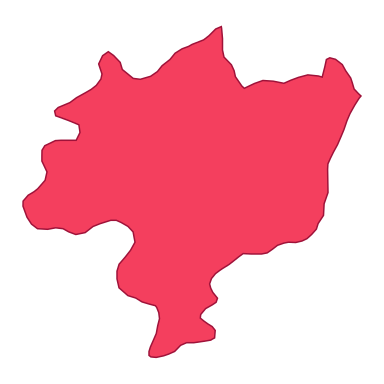 Aghjabadi District, Ağcabədi, Azerbaijan
{"feature_id": "54616110B84161876100413", "entity_name": "Aghjabadi District", "entity_type": "district", "adm_level": 2, "iso_a3": "AZE", "parent_name": "Azerbaijan", "parent_adm1": "Ağcabədi", "projection": "orthographic", "projection_center": [47.427, 39.997], "detail": "fine", "context": "isolated", "style": "filled", "palette": "rose", "viewbox_px": 384, "rotation_deg": 0, "n_neighbors": 0, "source": "geoboundaries", "source_scale": "gbopen_adm2", "svg_char_len": 2173}
<svg xmlns="http://www.w3.org/2000/svg" viewBox="0 0 384 384"><path d="M221.3,26.6L215.7,29.0L208.9,35.8L203.6,39.9L192.1,44.4L188.6,46.4L182.1,48.8L175.1,53.2L170.0,59.5L162.1,65.7L157.4,71.6L150.6,76.3L140.3,79.3L133.2,78.4L122.3,69.5L120.2,62.4L113.6,55.5L108.3,51.7L102.6,55.7L98.7,63.9L98.8,64.4L102.0,74.0L100.9,79.1L96.3,85.4L91.2,89.4L85.7,92.6L76.5,97.7L69.9,102.6L58.2,107.5L54.6,111.0L55.7,115.8L68.3,120.4L78.9,124.8L80.0,132.5L76.2,140.3L60.7,140.3L55.4,140.6L44.8,145.7L42.0,150.3L41.9,156.1L41.9,161.1L47.0,171.9L45.1,180.3L37.7,188.8L33.9,191.8L28.2,195.2L23.1,201.1L23.0,206.2L27.0,217.2L31.5,224.1L37.5,228.7L47.6,229.3L55.7,227.8L63.1,228.7L68.6,231.8L75.8,234.5L85.2,232.6L93.0,226.5L100.0,223.7L110.8,220.3L116.3,220.3L121.0,222.4L128.0,226.4L133.1,231.9L135.0,242.2L132.3,247.1L130.6,250.2L125.3,257.0L119.1,264.2L118.0,267.9L117.0,271.1L117.0,278.9L119.0,287.8L127.9,295.6L135.7,298.0L142.0,301.9L149.0,304.0L155.4,305.7L156.7,307.4L158.8,312.7L159.5,318.7L157.7,325.8L156.3,333.5L153.4,340.2L150.4,347.0L149.0,351.5L149.0,354.5L149.0,355.4L150.9,356.9L156.2,357.4L163.7,355.8L168.6,354.1L174.7,351.4L180.6,345.3L186.6,342.7L193.9,342.7L204.3,341.2L210.8,340.1L212.2,339.2L214.6,337.9L215.2,330.4L212.2,326.6L207.7,323.8L203.7,320.9L200.3,318.1L200.7,314.5L205.6,308.6L212.2,304.9L216.1,302.3L217.5,298.2L212.8,292.4L210.7,288.1L209.6,283.9L211.5,278.5L215.5,273.6L219.9,270.3L222.4,268.6L229.0,264.5L233.0,261.4L238.6,256.9L243.1,253.6L251.6,254.0L261.5,254.0L267.2,252.9L272.5,249.2L277.5,245.3L283.9,243.1L288.5,242.2L295.7,242.5L302.0,241.0L306.9,238.7L311.6,234.5L316.4,229.1L318.1,223.6L323.5,215.4L324.1,203.8L328.0,192.6L327.6,169.3L327.9,163.9L330.5,158.1L333.5,152.0L337.5,144.7L341.1,136.4L343.9,129.7L347.0,120.6L350.0,113.6L354.7,105.2L359.0,98.4L361.0,96.0L358.5,93.7L354.1,89.0L352.2,82.5L350.7,78.0L345.7,70.8L342.3,64.6L335.5,59.3L329.8,57.8L326.4,59.5L324.8,66.9L322.2,77.1L318.4,76.0L307.8,74.9L298.4,77.4L290.9,80.2L283.9,83.3L273.3,81.2L262.9,80.5L254.4,83.5L244.3,88.3L241.8,86.0L235.4,76.7L234.1,70.7L231.4,64.8L224.0,57.1L222.5,50.1L222.5,38.7L221.6,28.3L221.3,26.6Z" fill="#f43f5e" stroke="#9f1239" stroke-width="1.5"/></svg>